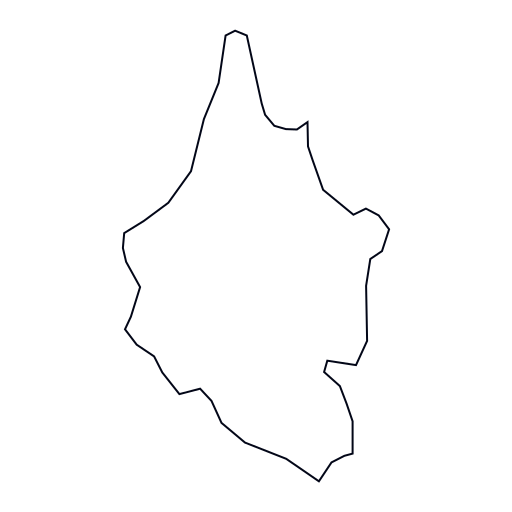 Momo, Nord-Ouest, Cameroon (Equal Earth projection)
{"feature_id": "32672807B23500574999001", "entity_name": "Momo", "entity_type": "district", "adm_level": 2, "iso_a3": "CMR", "parent_name": "Cameroon", "parent_adm1": "Nord-Ouest", "projection": "equal_earth", "projection_center": [9.833, 6.013], "detail": "fine", "context": "isolated", "style": "outline", "palette": "ink", "viewbox_px": 512, "rotation_deg": 0, "n_neighbors": 0, "source": "geoboundaries", "source_scale": "gbopen_adm2", "svg_char_len": 758}
<svg xmlns="http://www.w3.org/2000/svg" viewBox="0 0 512 512"><path d="M218.6,83.0L203.9,119.1L191.0,171.2L168.3,202.8L143.9,220.9L124.2,233.1L122.9,248.0L126.1,261.8L140.1,287.1L130.9,316.7L125.0,329.3L136.7,344.7L154.1,356.4L162.3,372.5L179.4,394.1L200.1,388.7L211.5,400.9L221.5,422.9L245.0,442.6L286.2,458.8L318.9,481.3L331.5,462.4L344.4,455.8L352.6,453.6L352.6,421.3L346.6,403.7L339.9,386.1L324.1,372.0L327.3,360.7L356.0,365.1L367.1,340.9L367.0,335.2L366.1,285.8L370.3,259.0L382.0,251.1L389.1,229.3L378.7,215.4L365.9,208.6L353.4,214.7L323.1,189.8L312.6,160.1L308.0,146.4L307.5,122.1L300.2,127.2L296.9,129.5L285.9,129.1L274.3,125.8L265.1,114.8L261.7,103.5L246.8,35.5L235.1,30.7L225.6,35.5L218.6,83.0Z" fill="none" stroke="#020617" stroke-width="2"/></svg>